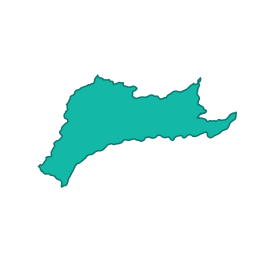 Acará, Pará, Brazil, rotated 232°
{"feature_id": "56859067B44974097654288", "entity_name": "Acará", "entity_type": "district", "adm_level": 2, "iso_a3": "BRA", "parent_name": "Brazil", "parent_adm1": "Pará", "projection": "robinson", "projection_center": [-48.473, -2.034], "detail": "fine", "context": "isolated", "style": "filled", "palette": "teal", "viewbox_px": 256, "rotation_deg": 232, "n_neighbors": 0, "source": "geoboundaries", "source_scale": "gbopen_adm2", "svg_char_len": 5869}
<svg xmlns="http://www.w3.org/2000/svg" viewBox="0 0 256 256"><g transform="rotate(232 128 128)"><path d="M152.6,33.8L152.0,34.1L150.6,34.1L149.1,33.5L147.0,33.2L146.7,33.9L146.1,34.0L145.0,33.8L143.9,33.9L143.5,34.0L142.7,34.5L142.3,34.9L141.0,37.1L140.4,37.5L138.6,37.9L136.9,39.5L135.7,40.2L134.7,40.6L132.8,40.4L131.7,40.6L130.2,41.4L129.0,42.3L128.4,42.5L127.4,42.7L126.2,42.4L124.8,41.4L123.2,39.7L122.6,39.4L122.2,39.7L122.1,41.9L121.6,42.9L121.2,43.3L121.0,44.0L121.4,45.3L121.7,45.9L122.1,46.4L122.5,47.3L123.4,48.1L125.0,50.7L125.3,51.3L125.6,52.6L126.1,53.5L126.6,54.8L127.2,55.9L128.5,59.0L129.4,60.6L129.8,61.8L130.7,63.1L131.0,63.8L131.1,64.5L130.8,64.9L131.2,65.4L131.1,66.5L130.4,68.0L130.3,68.6L130.4,71.7L130.3,73.3L130.6,75.1L130.4,75.6L130.5,76.2L131.3,78.3L131.0,78.7L131.3,79.7L130.8,81.1L130.5,81.8L130.0,82.1L129.7,82.6L129.5,83.7L129.2,84.4L129.3,88.1L129.0,89.2L128.2,90.8L127.3,92.0L126.9,92.5L126.6,93.4L126.3,94.7L126.4,96.6L126.8,99.4L127.3,101.6L127.1,102.3L126.3,104.4L125.8,105.3L124.2,106.3L123.3,107.2L122.5,109.6L121.6,110.5L121.1,112.2L120.6,113.2L120.4,114.1L120.9,116.5L120.9,117.5L120.5,118.7L118.4,120.3L117.8,121.1L117.4,121.8L117.3,122.4L116.9,123.5L116.3,124.4L116.2,125.1L115.9,125.9L114.9,126.7L114.0,127.0L113.5,127.2L112.7,127.9L111.8,129.1L110.9,129.6L109.9,129.8L109.5,130.1L108.7,132.6L108.6,133.2L108.9,134.0L109.3,134.6L109.6,135.1L109.5,135.7L109.3,136.7L108.5,138.2L107.8,139.1L105.5,140.5L104.8,141.3L104.2,142.2L103.8,143.3L103.7,143.8L103.7,144.5L103.9,146.1L103.7,147.1L103.2,148.1L102.8,148.4L101.9,149.1L99.3,149.8L98.3,150.5L97.6,151.3L97.1,152.1L96.8,153.1L96.1,154.1L95.4,154.6L94.9,154.9L93.9,154.8L93.0,154.6L91.1,155.2L90.8,155.6L90.5,156.5L90.7,157.1L91.6,158.4L91.7,158.9L91.5,160.8L91.2,161.9L90.2,163.7L89.5,165.2L89.0,165.6L88.5,165.7L87.0,165.4L86.2,165.7L85.8,166.0L85.4,167.1L85.3,167.6L85.3,168.6L85.6,170.3L85.5,171.0L85.0,172.0L84.4,172.9L84.0,173.2L83.2,173.7L81.6,174.0L80.7,174.8L80.4,175.3L79.7,176.3L79.5,176.9L79.0,179.0L78.6,181.2L77.4,185.4L76.5,187.1L76.0,187.4L75.1,187.2L73.5,186.2L72.7,185.8L72.2,185.8L70.1,186.4L69.6,186.9L69.2,187.8L68.9,189.0L68.6,191.9L67.8,195.2L67.5,197.4L67.5,198.6L67.8,199.1L67.8,199.6L67.8,200.7L66.5,204.8L66.4,205.8L67.2,208.1L68.3,210.0L69.0,211.6L69.2,212.2L69.3,213.9L69.1,217.0L69.2,218.0L69.7,219.0L70.9,220.3L73.3,222.6L73.8,222.8L74.4,220.6L75.3,219.4L75.4,217.6L75.6,216.5L75.3,215.5L75.0,215.1L74.7,212.7L74.4,212.2L74.3,211.8L74.6,210.1L74.9,209.1L75.8,207.7L76.4,206.9L76.6,206.4L76.7,205.9L77.0,205.6L77.9,205.5L78.5,204.8L78.8,204.3L78.9,203.8L78.8,202.6L78.9,201.9L79.2,201.4L80.1,201.0L81.2,199.3L82.1,198.1L82.9,197.5L83.5,196.6L83.7,195.5L84.2,194.7L84.7,194.3L86.0,194.5L86.5,194.3L87.0,194.4L88.4,193.7L88.8,193.4L89.1,193.0L89.6,192.7L90.0,192.3L90.5,192.1L91.1,191.2L91.8,190.4L92.2,190.4L92.3,189.9L92.8,189.0L93.2,188.8L93.8,189.3L93.9,190.3L93.8,191.0L94.6,192.9L94.1,193.3L94.7,194.4L93.6,194.6L93.5,195.1L93.8,195.7L93.6,196.3L92.6,196.9L92.5,199.2L92.6,199.7L93.7,200.4L94.1,200.3L94.9,199.8L95.5,199.2L96.1,199.1L96.5,199.5L97.0,199.5L97.3,200.0L98.3,200.0L101.1,198.9L101.5,198.5L102.4,198.5L103.2,197.7L103.6,197.9L104.3,198.5L104.8,198.7L105.4,199.5L105.9,199.6L106.6,201.7L107.3,202.4L108.3,203.0L108.8,203.0L111.2,203.2L112.2,203.0L112.9,203.6L114.0,205.3L115.4,206.5L115.6,207.0L116.0,207.6L116.4,207.7L116.7,208.8L117.7,210.6L118.2,211.0L119.2,211.1L119.9,211.3L120.3,211.6L120.6,212.7L120.5,213.8L121.1,214.7L121.8,215.5L122.8,215.7L122.3,213.3L122.5,212.8L122.1,212.1L121.1,211.5L120.8,211.2L120.2,210.3L120.2,209.7L120.5,208.6L121.1,207.7L121.6,207.3L122.1,207.1L122.6,207.2L122.6,206.3L122.5,205.7L122.7,204.9L122.9,203.6L122.3,198.5L123.7,192.1L124.5,190.9L126.9,189.1L128.2,187.5L128.5,187.0L128.8,185.2L128.8,183.8L129.2,179.9L129.0,178.2L128.4,177.0L128.4,176.3L128.8,176.2L129.3,175.8L129.8,173.5L130.1,172.5L130.7,171.6L131.5,171.1L132.1,170.9L132.7,170.8L134.0,170.9L134.9,170.8L135.3,170.4L136.0,169.1L136.4,168.7L138.6,167.6L139.4,166.9L140.0,165.9L140.2,165.2L141.0,161.5L141.5,160.6L143.9,158.0L145.2,155.4L145.7,153.6L146.3,152.7L147.2,152.0L149.2,151.2L150.2,151.1L150.8,151.3L151.5,152.2L153.3,153.6L153.7,154.3L153.7,154.8L153.4,155.9L153.1,157.4L153.2,158.4L153.6,159.3L154.0,159.5L156.5,158.8L157.4,158.2L157.7,157.9L158.4,156.0L158.8,155.0L159.8,153.7L160.2,153.3L163.8,150.8L164.2,150.7L165.3,150.9L165.9,151.6L166.3,151.9L166.7,151.9L168.0,150.1L169.2,149.3L170.6,145.0L171.1,143.9L171.7,143.5L172.4,143.8L173.3,144.5L173.7,144.5L174.4,144.3L175.1,143.6L175.8,142.5L176.2,142.4L177.3,142.9L177.9,142.7L178.0,142.0L180.9,138.5L181.4,138.3L182.4,138.5L183.0,138.3L184.8,136.7L185.4,136.3L186.6,136.2L188.1,136.5L187.7,134.8L187.5,133.3L186.8,131.8L186.4,131.2L185.7,130.7L184.6,129.4L184.6,128.8L184.6,128.0L184.8,127.3L185.4,126.1L185.2,124.9L186.5,123.3L186.5,121.6L186.7,120.8L187.3,119.5L188.4,115.7L188.3,113.8L188.8,112.0L189.6,110.1L189.6,109.6L189.4,108.9L187.8,106.7L187.6,105.6L188.1,103.4L188.2,102.1L187.9,101.5L186.6,100.5L186.0,98.6L185.6,98.2L185.1,97.1L184.2,94.0L183.5,94.4L183.1,94.1L182.8,93.6L182.3,93.3L181.4,92.6L180.8,92.3L179.7,92.0L179.4,90.9L179.2,88.9L178.5,88.2L177.9,86.1L177.5,85.7L177.1,85.3L175.7,84.5L175.1,84.4L174.3,84.4L172.3,85.5L171.7,85.4L170.1,84.7L169.8,84.0L169.9,80.3L169.9,79.8L169.6,79.0L169.5,77.3L168.9,75.8L167.7,74.7L167.1,72.0L166.7,71.5L166.2,71.2L163.6,71.1L162.8,71.5L162.3,71.3L161.9,70.8L161.3,69.1L161.0,67.1L161.0,65.1L161.7,64.1L161.8,61.8L161.8,60.8L161.4,60.2L161.0,59.9L159.5,59.4L158.8,58.9L158.3,57.9L158.2,57.4L157.7,55.7L156.7,54.0L156.6,53.4L156.2,52.7L155.4,51.9L154.8,51.5L153.3,50.9L152.9,50.5L152.9,49.8L154.5,47.5L155.2,45.8L155.0,45.1L154.5,45.0L154.0,44.6L153.3,43.7L152.3,39.9L151.6,38.0L151.8,37.3L152.3,36.6L152.8,36.5L153.1,35.9L152.8,35.2L152.6,33.8Z" fill="#14b8a6" stroke="#0f766e" stroke-width="1.5"/></g></svg>